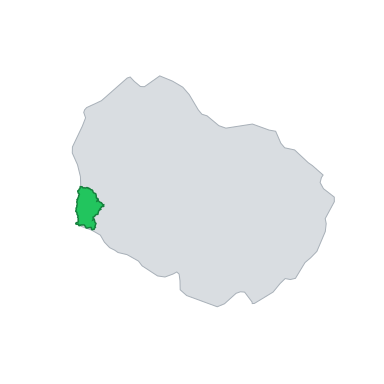 Kriva Palanka, Kriva Palanka, North Macedonia (highlighted), rotated 225°
{"feature_id": "65306769B37694813292745", "entity_name": "Kriva Palanka", "entity_type": "district", "adm_level": 2, "iso_a3": "MKD", "parent_name": "North Macedonia", "parent_adm1": "Kriva Palanka", "projection": "equal_earth", "projection_center": [22.335, 42.244], "detail": "fine", "context": "in_parent", "style": "filled", "palette": "green", "viewbox_px": 384, "rotation_deg": 225, "n_neighbors": 0, "source": "geoboundaries", "source_scale": "gbopen_adm2", "svg_char_len": 3484}
<svg xmlns="http://www.w3.org/2000/svg" viewBox="0 0 384 384"><g transform="rotate(225 192 192)"><path d="M175.1,104.5L181.0,105.3L193.6,101.8L201.5,96.9L205.5,96.2L210.9,94.4L218.5,94.6L226.3,96.7L236.2,94.0L245.9,89.4L249.8,90.6L254.1,94.4L256.8,95.5L273.0,115.8L281.8,124.0L292.2,130.3L304.2,134.9L308.4,139.3L316.1,161.0L319.7,169.2L324.8,171.7L326.0,174.1L326.2,177.2L320.6,192.5L318.4,226.8L317.0,229.6L311.0,229.4L303.1,230.1L300.1,232.8L296.9,251.3L284.2,256.6L272.6,259.6L262.8,258.9L245.6,254.5L240.0,254.0L235.2,256.5L219.9,257.9L213.2,261.1L197.3,282.8L181.3,290.3L175.8,294.1L163.6,289.3L157.7,288.8L149.2,294.3L130.6,294.9L125.6,295.8L111.3,296.7L110.7,293.7L108.1,289.3L101.4,287.3L87.8,289.0L84.5,285.8L79.0,267.4L74.7,264.5L69.8,258.3L61.7,238.3L61.6,229.6L62.2,222.0L57.8,204.1L60.6,199.6L64.9,196.7L65.0,189.6L63.9,178.6L69.1,157.3L70.5,155.7L71.8,156.7L84.0,158.4L87.2,155.7L89.2,151.5L90.0,135.9L93.0,128.7L122.5,115.0L131.2,114.5L137.8,120.8L143.0,124.8L146.2,124.7L147.4,120.6L151.0,112.8L157.0,108.3L175.0,104.5L175.1,104.5Z" fill="#d9dde1" stroke="#a8b0b8" stroke-width="1"/><path d="M268.1,121.2L268.9,121.2L269.5,120.8L270.1,119.5L270.8,119.1L271.4,118.4L272.3,117.8L272.9,118.0L273.6,117.9L274.2,117.2L274.4,117.0L274.8,116.8L274.7,116.5L274.3,116.0L273.9,115.6L273.7,115.2L273.7,114.9L273.8,114.3L273.7,113.9L273.4,113.4L273.2,112.8L273.4,112.6L273.6,112.3L273.6,112.2L273.2,111.6L272.8,111.4L272.4,111.3L271.6,110.8L271.2,110.9L270.8,110.9L270.5,110.9L270.1,110.8L270.0,110.7L269.9,110.1L269.7,109.8L269.7,109.5L269.5,109.2L269.1,108.8L268.9,108.4L268.7,108.0L268.6,107.7L268.3,106.8L268.1,106.7L267.9,106.3L267.7,106.0L267.8,105.8L267.9,105.6L268.0,105.4L267.9,105.2L267.5,105.0L267.1,104.8L266.8,104.1L266.6,103.7L266.3,103.4L266.1,103.2L265.6,103.1L265.3,102.9L264.8,102.4L264.6,102.2L264.2,101.8L264.1,101.7L263.9,101.0L263.4,100.6L263.2,100.4L263.0,100.1L262.8,99.7L262.7,99.2L262.6,98.8L262.4,98.5L262.0,98.1L261.5,97.8L261.1,97.0L260.7,96.4L260.4,96.1L259.4,96.2L258.7,95.9L258.4,95.8L257.8,95.1L257.5,94.9L257.4,94.9L256.6,94.7L256.0,94.6L255.9,94.6L255.7,94.5L255.5,94.3L255.4,94.2L255.0,93.3L254.0,93.0L253.7,92.9L253.4,92.5L253.2,92.2L252.9,91.9L252.6,91.6L252.1,91.2L251.8,91.0L251.5,90.7L251.4,90.6L251.3,90.2L251.6,89.5L252.1,88.5L252.0,87.7L251.9,87.6L251.6,87.3L250.9,87.6L250.7,87.7L250.5,87.8L250.4,87.9L250.2,88.0L250.0,88.4L249.8,88.7L249.6,88.9L249.4,89.0L249.2,89.0L249.0,88.9L248.8,88.6L248.7,88.5L248.6,88.4L248.2,88.3L247.5,88.9L247.3,89.5L247.4,89.8L247.3,90.0L246.9,90.6L246.5,90.8L246.3,91.0L245.9,91.7L245.0,92.4L244.2,92.3L243.2,92.3L242.2,92.0L242.0,91.9L241.7,91.8L241.2,91.9L240.5,92.6L239.9,93.6L239.4,94.3L238.8,95.0L238.6,95.3L238.3,95.6L238.1,95.6L237.8,95.5L237.7,95.3L237.5,95.1L237.4,95.0L237.2,94.9L236.5,94.6L236.0,94.7L235.7,95.1L235.5,95.5L235.4,95.7L235.0,96.2L234.8,96.4L235.3,97.1L235.4,98.8L236.2,98.9L237.7,101.9L239.2,101.9L241.8,103.6L242.3,102.2L242.6,103.0L244.2,104.3L243.6,105.9L243.9,106.5L243.9,108.2L242.8,109.6L244.6,112.6L244.6,113.9L244.3,115.0L245.1,114.8L245.2,116.9L245.6,117.5L245.1,118.6L244.6,118.7L244.4,119.7L245.3,120.1L245.5,120.5L246.1,119.8L246.9,120.2L248.0,120.1L248.4,120.4L250.2,119.6L252.1,119.6L252.7,118.3L253.2,119.3L252.8,120.2L253.5,120.7L254.0,120.4L254.4,120.6L255.1,120.1L255.9,120.5L257.4,121.9L258.9,122.7L260.9,121.9L262.2,122.1L263.3,122.8L264.1,122.8L265.4,122.0L266.5,122.1L268.2,121.5L268.1,121.2Z" fill="#22c55e" stroke="#15803d" stroke-width="1.5"/></g></svg>